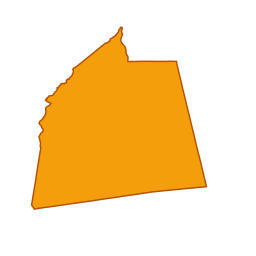 outline of Igembe North, Eastern, Kenya, rotated 101°
{"feature_id": "3690345B95296214722814", "entity_name": "Igembe North", "entity_type": "district", "adm_level": 2, "iso_a3": "KEN", "parent_name": "Kenya", "parent_adm1": "Eastern", "projection": "mercator", "projection_center": [37.925, 0.489], "detail": "fine", "context": "isolated", "style": "filled", "palette": "amber", "viewbox_px": 256, "rotation_deg": 101, "n_neighbors": 0, "source": "geoboundaries", "source_scale": "gbopen_adm2", "svg_char_len": 4295}
<svg xmlns="http://www.w3.org/2000/svg" viewBox="0 0 256 256"><g transform="rotate(101 128 128)"><path d="M225.6,204.4L224.8,202.9L224.0,200.6L223.5,199.2L222.9,197.5L221.1,192.1L220.8,191.2L220.6,190.7L219.1,186.3L219.0,185.7L218.2,183.8L217.3,181.1L209.7,159.3L206.3,149.2L204.6,144.6L204.2,143.7L204.0,142.9L203.0,140.1L200.8,133.8L198.6,127.4L197.0,122.7L196.6,121.9L196.2,121.0L195.9,120.1L195.4,118.4L193.7,113.7L192.2,109.2L190.9,105.5L187.0,94.6L186.0,91.6L184.6,86.9L184.1,85.3L183.1,82.0L178.9,67.8L177.3,62.6L175.3,55.8L174.3,52.3L172.5,46.4L170.6,39.8L160.9,44.2L147.5,50.3L146.9,50.5L146.0,51.0L144.2,51.8L140.9,53.4L136.1,55.7L117.7,64.0L116.5,64.6L105.7,69.5L92.1,75.8L86.8,78.2L81.0,80.9L63.5,88.8L58.6,91.0L56.3,92.1L53.4,93.1L54.4,99.0L56.3,108.0L59.0,122.5L60.2,128.5L60.6,130.2L60.9,131.6L61.9,136.6L62.8,140.8L62.4,141.0L62.0,141.0L61.6,141.1L61.0,141.1L60.3,141.2L59.9,141.3L59.3,141.4L58.2,141.7L57.7,141.8L57.4,142.1L56.6,143.1L56.1,143.4L55.7,143.6L54.8,144.2L54.2,144.4L53.7,144.6L52.6,144.7L52.0,144.8L51.6,145.0L49.9,145.9L49.4,146.2L48.8,146.5L48.4,146.8L48.0,147.3L47.7,147.8L47.4,148.1L47.0,148.8L46.7,149.3L46.2,149.8L45.9,150.2L45.4,150.8L44.8,151.2L44.2,151.5L43.8,151.6L43.2,151.9L42.5,152.0L41.9,151.9L41.0,151.8L40.3,151.7L39.3,151.6L38.6,151.5L37.9,151.4L37.4,151.3L37.0,151.2L36.6,151.3L36.2,151.7L35.9,152.1L35.6,152.3L35.3,152.5L34.9,152.6L34.5,152.7L34.1,152.8L33.8,152.9L33.3,152.9L32.6,152.8L32.1,152.7L31.5,152.6L31.1,152.6L30.7,152.9L30.4,153.4L30.4,154.2L30.7,154.6L31.1,154.7L31.8,154.8L32.4,154.9L32.9,155.0L33.4,155.4L33.6,155.8L34.2,155.8L34.9,155.7L35.4,155.7L35.8,155.8L36.2,156.1L36.6,156.2L37.1,156.4L37.4,156.9L38.1,157.1L38.5,157.4L38.9,157.7L39.4,157.8L39.8,157.9L40.2,158.2L40.8,158.8L41.0,159.3L41.3,159.6L41.7,159.9L42.0,160.2L42.3,160.5L42.7,160.8L43.2,161.2L43.4,161.7L43.8,162.2L44.2,162.4L44.7,162.3L45.1,162.4L45.7,162.4L46.1,162.5L46.4,163.0L46.9,163.4L47.5,163.7L47.8,164.2L48.1,164.6L48.6,164.8L48.7,165.4L48.9,165.9L49.1,166.4L76.2,189.1L77.8,190.6L78.3,191.0L78.7,191.3L78.9,192.1L79.3,192.6L79.7,192.8L80.2,193.0L80.6,193.3L80.9,193.4L81.5,193.2L82.0,192.6L82.6,192.4L83.2,192.4L83.8,192.3L84.3,192.4L84.8,192.6L85.2,192.7L86.0,192.8L86.5,192.9L87.2,193.0L87.8,193.3L88.4,193.8L88.9,194.2L89.3,194.5L89.7,194.7L90.2,194.9L90.7,194.9L91.2,195.0L91.2,195.4L91.2,195.8L91.3,196.2L91.5,196.6L92.1,196.8L92.5,197.2L92.9,197.3L93.2,197.6L93.6,197.4L94.1,197.2L94.5,197.1L94.9,197.0L95.4,197.2L95.6,198.0L95.9,198.3L96.2,198.4L96.5,199.0L96.7,199.6L96.7,200.2L96.9,200.5L96.9,201.2L97.0,201.7L97.3,202.1L97.7,202.3L98.2,202.3L98.6,202.5L99.0,202.8L99.3,203.2L99.7,203.4L100.3,203.6L100.7,203.9L101.1,203.8L101.4,203.7L101.7,203.9L101.9,204.3L101.8,204.8L102.0,205.2L102.5,205.2L103.1,205.0L103.5,204.9L104.1,205.0L104.7,205.2L105.1,205.4L105.5,205.6L105.9,205.9L106.3,206.3L106.7,206.5L107.0,206.6L107.4,206.7L107.8,206.9L108.3,207.2L108.7,207.4L109.2,207.6L109.8,207.8L110.2,208.1L110.6,208.6L110.8,209.1L110.9,209.6L111.2,210.2L111.3,210.8L111.5,211.2L111.7,211.6L112.0,211.9L112.4,212.1L112.9,212.2L113.3,212.5L114.1,212.7L113.9,213.1L114.3,213.5L114.8,213.6L115.3,213.9L115.6,213.7L116.0,214.2L116.5,214.3L116.7,213.7L116.9,213.1L117.2,212.7L117.5,212.4L118.6,208.3L119.1,208.4L119.5,208.6L119.9,209.0L120.7,209.3L121.1,209.7L121.4,210.1L121.7,210.6L122.1,211.1L122.5,211.6L123.0,212.0L123.4,212.3L123.7,212.5L124.4,212.4L124.9,212.4L125.4,212.3L125.9,212.2L126.3,212.1L126.7,212.0L127.3,211.8L127.9,211.6L128.4,211.6L128.9,211.6L129.3,211.5L129.8,211.6L130.4,211.8L130.8,211.9L131.4,211.9L132.0,212.0L132.4,212.3L132.8,212.6L133.5,212.8L133.9,213.0L134.7,213.3L135.2,213.5L135.7,213.7L136.2,213.9L136.6,214.4L136.9,214.7L137.3,215.1L137.9,215.6L138.4,215.8L138.7,215.8L139.5,216.0L140.4,216.2L140.8,215.8L141.2,215.4L142.2,214.2L142.5,213.6L142.8,213.2L143.3,213.1L143.9,213.0L144.5,212.3L144.8,212.0L145.7,210.9L146.1,210.8L146.7,210.7L147.3,210.6L149.5,212.4L153.2,213.6L153.6,213.6L154.1,213.5L154.5,213.3L157.4,211.9L158.0,211.6L158.4,211.4L159.1,211.1L159.6,211.0L160.2,210.9L160.6,210.8L162.6,210.8L164.0,209.7L164.6,209.8L167.3,209.7L171.4,209.6L181.3,209.3L189.5,209.0L191.8,208.9L198.3,208.6L211.2,208.3L218.9,208.0L222.1,207.9L225.0,204.8L225.6,204.4Z" fill="#f59e0b" stroke="#b45309" stroke-width="1.5"/></g></svg>